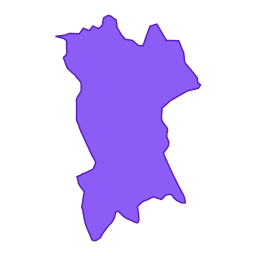 the district of Al-Hilla, Babil, Iraq
{"feature_id": "34846034B12502380306420", "entity_name": "Al-Hilla", "entity_type": "district", "adm_level": 2, "iso_a3": "IRQ", "parent_name": "Iraq", "parent_adm1": "Babil", "projection": "robinson", "projection_center": [44.41, 32.357], "detail": "fine", "context": "isolated", "style": "filled", "palette": "violet", "viewbox_px": 256, "rotation_deg": 0, "n_neighbors": 0, "source": "geoboundaries", "source_scale": "gbopen_adm2", "svg_char_len": 2390}
<svg xmlns="http://www.w3.org/2000/svg" viewBox="0 0 256 256"><path d="M183.7,53.0L178.7,40.7L165.8,40.4L165.8,39.3L164.1,36.5L160.6,30.6L156.8,24.1L152.7,25.4L150.0,26.2L149.1,28.8L146.2,36.5L143.1,45.6L138.5,45.6L134.0,41.7L132.3,40.4L125.2,39.3L121.4,34.9L117.1,27.4L116.1,19.9L113.7,18.4L110.6,16.0L108.0,15.4L103.6,18.0L102.2,25.4L98.7,28.6L97.5,28.1L93.0,26.0L89.2,30.6L83.4,28.2L79.3,33.8L69.5,33.4L65.3,35.1L58.5,36.0L55.5,36.4L60.1,37.5L63.8,38.5L66.0,40.2L66.6,41.1L66.6,44.3L66.6,47.7L66.6,50.2L66.9,52.2L66.9,53.4L66.5,54.1L65.3,55.9L64.1,56.6L63.4,58.4L64.3,59.8L65.5,63.5L66.5,66.2L67.6,68.4L71.9,72.5L74.6,74.6L75.6,76.0L77.6,78.5L79.3,80.3L81.1,82.8L81.2,84.7L81.2,88.2L81.2,90.7L80.5,92.1L79.2,94.2L78.4,95.6L77.4,97.2L76.4,99.7L76.6,103.1L76.6,106.9L76.6,109.8L76.6,111.9L76.6,114.5L76.6,115.9L76.6,118.1L76.4,119.5L77.2,121.8L78.5,124.7L79.4,127.4L80.2,129.7L81.5,132.6L82.7,135.2L85.9,142.3L88.4,147.5L90.7,152.8L92.5,156.4L94.5,159.7L95.7,162.3L94.9,164.9L93.9,167.3L92.9,169.2L92.2,169.6L89.0,171.1L87.9,171.8L86.1,172.5L84.7,173.4L82.9,173.5L81.2,174.7L80.4,175.6L79.3,175.6L78.3,176.2L77.5,176.3L76.9,176.9L77.9,180.0L78.4,183.2L79.5,185.2L81.3,187.9L83.2,190.2L84.2,191.7L84.3,192.1L83.4,196.6L82.7,201.6L82.2,204.8L81.7,207.2L82.7,209.8L83.8,216.2L84.5,220.0L85.9,225.3L87.1,228.2L88.8,232.3L90.2,235.4L90.7,236.8L90.7,237.0L91.4,238.4L91.9,239.9L93.9,240.6L95.4,240.6L96.8,240.1L100.3,237.6L102.1,234.4L105.1,230.1L107.5,226.9L109.6,224.4L110.7,223.7L111.7,222.5L113.6,219.4L114.5,217.3L115.3,214.0L115.9,212.0L117.2,211.4L118.2,211.3L122.3,215.2L124.4,217.1L127.8,219.0L131.1,220.3L134.2,221.9L136.3,222.7L137.2,222.8L138.4,221.9L138.6,221.1L138.8,218.4L138.5,214.0L138.0,210.4L137.8,208.8L137.4,207.0L137.7,206.4L139.6,204.4L141.7,202.5L142.8,201.6L144.9,200.6L147.5,199.7L150.0,198.4L152.4,197.4L154.1,196.9L156.8,198.0L159.3,198.7L161.4,199.5L165.6,195.3L168.4,194.4L171.6,194.6L174.2,198.3L176.8,200.5L181.8,202.9L185.3,202.9L184.4,197.2L183.2,194.7L178.5,185.9L172.7,174.2L167.4,162.7L163.3,153.0L166.6,148.8L168.4,145.8L168.8,142.1L166.7,136.7L166.7,134.3L167.6,130.8L167.1,128.0L162.5,121.9L161.4,118.4L161.6,114.2L161.9,111.1L162.1,108.3L164.0,106.4L170.2,100.8L173.6,98.8L181.3,94.3L187.6,90.9L198.4,88.2L200.5,85.0L198.0,82.6L197.6,82.2L197.4,78.2L195.8,76.0L192.8,72.1L184.7,62.5L183.7,53.0Z" fill="#8b5cf6" stroke="#5b21b6" stroke-width="1.5"/></svg>